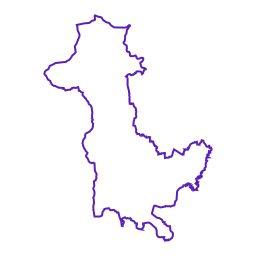 the district of Wang Wiset, Trang, Thailand
{"feature_id": "78962969B96586587830005", "entity_name": "Wang Wiset", "entity_type": "district", "adm_level": 2, "iso_a3": "THA", "parent_name": "Thailand", "parent_adm1": "Trang", "projection": "orthographic", "projection_center": [99.462, 7.753], "detail": "fine", "context": "isolated", "style": "outline", "palette": "violet", "viewbox_px": 256, "rotation_deg": 0, "n_neighbors": 0, "source": "geoboundaries", "source_scale": "gbopen_adm2", "svg_char_len": 5872}
<svg xmlns="http://www.w3.org/2000/svg" viewBox="0 0 256 256"><path d="M95.2,15.4L94.8,15.5L94.7,16.2L95.0,19.6L93.8,20.4L92.0,20.8L89.4,22.9L84.8,23.3L76.8,24.9L77.4,26.9L77.6,30.2L79.4,34.1L79.5,36.1L76.4,43.9L74.8,46.3L75.7,52.2L74.3,53.9L72.4,55.4L70.2,58.9L68.8,60.2L67.3,60.8L65.8,61.9L55.6,63.0L51.9,65.1L49.9,65.8L48.3,69.2L46.2,70.3L45.1,71.4L44.4,73.3L44.6,74.4L46.1,75.9L48.0,79.6L50.2,80.9L51.3,83.6L52.1,84.7L53.8,85.9L54.9,85.9L58.8,87.7L63.4,88.0L63.1,88.8L64.4,89.1L65.4,90.5L67.7,89.9L70.2,89.7L70.5,89.2L71.8,88.8L71.9,88.1L73.8,87.6L75.8,88.0L78.1,87.1L78.8,89.2L78.8,90.8L80.0,91.0L80.9,91.9L82.8,92.6L82.5,94.7L82.7,95.4L84.6,97.3L84.9,98.1L85.7,98.4L87.1,100.9L88.3,101.8L88.7,103.9L90.5,105.2L91.6,107.3L92.4,112.7L92.0,115.7L92.2,117.7L91.8,118.4L92.8,119.8L91.9,121.0L91.9,121.6L93.1,123.7L92.8,127.0L92.2,128.7L89.5,131.6L85.7,133.6L85.2,134.8L85.2,137.2L83.2,140.0L82.5,143.1L83.7,147.4L85.9,151.1L87.5,152.9L87.4,153.6L86.3,154.9L86.0,156.2L88.1,159.3L88.8,161.4L90.1,162.6L91.6,163.0L93.8,162.8L94.5,163.3L94.8,169.7L95.1,171.3L96.4,173.5L96.6,174.6L96.2,176.4L96.5,178.4L95.8,179.2L95.6,180.4L94.2,181.1L93.9,181.7L94.3,185.6L93.3,188.5L93.6,189.8L94.4,191.4L94.5,193.5L94.3,195.3L93.3,197.7L93.8,199.6L94.0,203.2L93.3,205.9L93.4,209.5L94.5,216.5L99.5,216.5L101.3,216.0L102.1,215.3L102.6,211.9L104.1,209.9L104.4,208.9L108.9,208.2L109.8,209.7L110.6,210.2L113.5,209.9L114.5,210.3L115.1,211.3L116.3,211.5L116.9,212.6L118.4,212.5L119.6,217.2L121.2,221.4L121.8,225.9L122.6,226.1L122.8,224.5L123.7,223.0L123.8,221.8L123.7,221.2L122.6,221.0L122.1,219.0L122.5,218.4L125.0,217.3L126.5,218.5L127.7,218.1L128.7,218.5L130.5,218.3L131.1,218.9L131.1,220.2L133.7,221.1L134.8,222.2L135.4,223.5L136.9,223.3L137.0,224.5L136.4,225.7L136.7,227.9L138.8,229.0L142.0,229.5L141.7,229.2L143.5,227.1L143.4,226.0L143.9,225.5L143.8,224.9L143.5,225.1L143.2,224.8L143.0,223.5L147.4,222.6L149.1,222.7L150.5,223.4L156.0,228.4L156.6,230.3L156.8,234.5L157.8,236.5L159.2,237.2L164.1,237.1L163.6,238.3L164.9,240.6L165.2,240.6L165.7,240.0L166.1,240.4L166.6,239.9L167.4,239.9L167.6,240.2L168.5,239.7L168.9,240.2L172.1,237.9L172.8,235.9L173.0,233.8L172.4,232.4L171.0,231.3L170.4,230.2L170.0,226.2L167.9,226.2L166.2,225.2L166.1,224.5L164.4,223.8L164.6,222.1L163.0,222.1L162.3,220.3L161.4,219.3L159.2,218.1L156.9,217.7L152.1,213.9L152.0,213.1L153.9,206.3L154.7,205.6L160.5,207.4L163.1,207.0L164.4,206.5L165.1,206.7L166.0,205.9L167.8,206.4L169.8,206.1L170.6,206.6L173.2,205.5L174.4,205.4L175.2,201.3L176.2,200.5L176.6,199.4L177.1,191.6L177.6,190.6L179.3,188.5L183.0,186.7L183.4,185.4L184.9,185.2L185.3,185.7L185.6,185.1L186.4,185.8L187.3,185.4L186.8,184.1L187.8,183.9L188.1,183.3L188.9,183.5L188.7,184.1L189.9,184.1L189.5,184.6L190.1,185.3L190.4,185.0L190.8,185.5L191.5,185.4L191.0,186.8L190.0,187.2L191.2,188.3L192.2,187.1L192.7,187.1L192.8,187.5L192.3,187.8L192.3,188.8L192.8,188.3L193.4,188.5L193.4,190.4L195.0,189.8L197.1,190.0L196.4,188.6L198.3,186.4L198.5,185.1L198.1,184.6L197.0,184.8L196.6,184.4L197.7,183.7L198.4,182.0L198.0,181.7L196.2,183.1L195.9,183.1L196.9,181.6L196.2,178.8L198.4,178.6L198.4,178.1L197.5,177.4L198.0,176.6L199.5,176.2L199.3,177.5L199.8,178.0L201.8,176.7L201.8,176.0L201.0,175.1L200.6,174.1L201.1,172.3L201.4,172.0L202.0,172.6L202.6,170.9L204.9,169.8L204.5,168.4L205.8,166.9L205.6,164.1L206.0,163.3L206.0,162.4L207.1,160.9L206.1,160.3L206.4,159.4L206.2,158.1L207.0,157.5L208.4,157.4L207.1,156.7L207.3,154.7L208.5,155.0L208.3,154.1L209.2,153.5L208.7,152.4L208.9,151.2L209.3,151.3L209.7,152.3L210.4,152.4L210.3,150.9L211.6,149.7L211.4,148.4L210.9,147.6L210.1,148.1L209.6,148.0L209.3,145.8L208.9,145.8L208.5,146.8L206.6,146.6L205.6,144.6L204.0,142.8L203.3,140.7L201.7,140.2L201.2,142.2L200.8,142.1L200.5,142.5L199.4,144.1L199.5,144.7L197.3,144.6L196.9,141.9L195.6,142.5L195.0,142.0L194.0,142.8L193.3,142.8L190.8,144.0L189.6,145.8L189.5,146.6L188.7,147.2L188.7,148.0L188.0,148.0L188.2,149.5L186.9,149.7L186.2,149.3L184.6,149.3L185.1,149.8L185.1,150.3L184.1,151.1L183.7,152.7L183.3,153.2L183.7,153.7L183.5,154.7L182.8,154.7L181.5,154.2L174.0,149.4L172.8,152.6L172.3,155.2L171.1,156.8L169.3,156.7L168.6,157.7L166.5,157.7L165.0,158.0L164.6,154.5L165.1,153.5L164.9,152.9L161.2,153.4L161.0,154.1L159.4,153.8L158.7,154.5L158.2,154.5L158.5,152.4L157.1,151.6L156.2,150.3L156.4,148.2L157.0,148.0L157.1,147.2L156.4,146.9L156.2,146.2L155.0,146.0L155.0,145.5L154.3,145.3L153.9,144.5L154.1,144.1L153.2,142.8L153.4,141.8L153.0,141.4L151.7,141.7L151.5,141.3L150.1,141.7L149.9,141.2L150.2,139.0L149.7,138.2L150.0,137.2L148.6,137.0L148.5,137.3L147.3,137.6L146.4,137.6L146.2,136.5L145.0,136.6L143.9,135.7L143.3,134.5L142.0,134.5L141.7,135.8L140.2,135.4L139.4,134.0L137.3,134.1L137.1,133.1L136.2,132.6L136.1,129.3L135.1,125.8L133.5,125.6L133.3,125.2L133.7,121.6L134.0,120.2L134.4,119.7L134.4,118.3L136.1,117.5L136.3,116.3L135.9,114.2L136.3,111.2L135.8,110.2L135.9,108.8L135.7,108.1L133.9,106.3L133.1,103.6L132.1,103.4L131.4,103.5L131.3,104.0L129.8,103.9L129.4,100.9L129.7,100.0L129.4,99.2L129.6,96.8L129.2,95.4L129.4,93.5L129.0,92.7L129.0,91.1L127.6,85.6L127.6,78.6L127.1,77.0L126.0,76.5L128.0,74.6L129.8,74.0L131.1,75.2L132.9,74.9L132.9,74.5L134.8,73.8L135.0,73.0L135.9,73.0L136.3,71.8L137.2,71.3L140.8,71.6L141.4,72.2L142.1,74.1L142.8,73.5L144.2,69.9L145.7,69.3L145.8,68.9L144.6,68.1L141.6,67.5L140.2,63.1L140.4,62.6L142.2,61.5L143.2,59.6L143.3,58.4L142.7,57.8L141.8,57.7L138.5,58.8L137.5,58.8L136.5,57.7L136.4,56.7L135.5,55.5L133.1,56.2L130.5,56.1L130.0,55.4L129.8,53.4L129.2,51.9L127.8,51.9L126.9,51.2L126.6,50.1L126.6,49.3L127.0,48.4L126.6,45.5L124.4,44.1L123.7,43.1L123.7,42.1L124.6,41.2L125.0,39.8L125.2,35.4L126.4,33.6L127.0,29.8L128.4,28.2L129.1,26.6L129.9,26.0L129.7,25.2L129.0,25.2L127.5,26.7L126.5,27.3L125.1,27.6L114.2,27.4L110.8,25.2L109.2,23.0L106.0,22.1L103.2,20.1L101.7,17.7L100.3,17.0L98.0,16.7L95.2,15.4Z" fill="none" stroke="#5b21b6" stroke-width="2"/></svg>